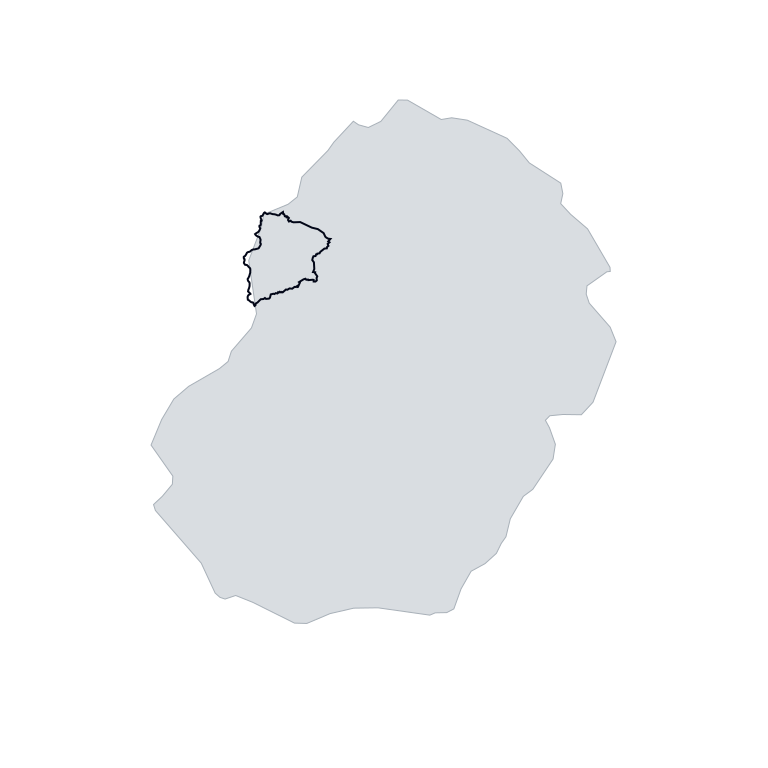 Novatsi, Novaci, North Macedonia (highlighted), rotated 136°
{"feature_id": "65306769B28760853140319", "entity_name": "Novatsi", "entity_type": "district", "adm_level": 2, "iso_a3": "MKD", "parent_name": "North Macedonia", "parent_adm1": "Novaci", "projection": "albers", "projection_center": [21.684, 41.019], "detail": "fine", "context": "in_parent", "style": "outline", "palette": "ink", "viewbox_px": 768, "rotation_deg": 136, "n_neighbors": 0, "source": "geoboundaries", "source_scale": "gbopen_adm2", "svg_char_len": 4212}
<svg xmlns="http://www.w3.org/2000/svg" viewBox="0 0 768 768"><g transform="rotate(136 384 384)"><path d="M350.3,204.9L361.8,206.4L386.8,199.3L402.4,189.4L410.3,187.9L420.8,184.1L436.0,184.6L451.4,188.8L470.9,183.1L490.0,173.7L497.7,176.0L506.1,183.8L511.6,185.9L543.8,227.2L561.5,243.8L582.3,256.3L605.9,265.4L614.5,274.2L630.1,318.2L637.6,334.9L647.7,339.7L650.2,344.5L650.7,350.9L639.9,382.1L636.3,451.8L633.5,457.4L621.6,457.2L605.9,458.9L599.9,464.4L594.0,501.9L568.6,512.9L545.6,519.2L526.1,518.0L491.7,509.4L480.5,508.5L471.0,513.6L440.4,516.4L427.0,523.0L395.5,566.8L363.5,581.9L352.6,589.6L328.1,579.9L316.4,578.8L299.4,589.9L262.2,590.9L252.1,592.8L223.5,594.3L222.3,588.2L217.1,579.4L203.8,575.1L176.5,578.4L169.9,571.9L159.1,534.5L150.4,528.5L140.8,515.9L124.8,475.2L124.6,457.5L125.9,442.1L117.3,405.7L123.1,396.7L131.6,391.0L131.9,376.4L129.8,354.2L140.4,310.9L143.1,307.8L145.7,309.9L169.8,313.6L176.1,308.2L180.2,299.6L181.8,267.8L187.7,253.2L246.3,225.7L263.4,224.8L276.5,237.8L286.8,246.0L293.1,245.8L295.4,237.5L302.6,221.6L314.5,212.6L350.0,204.9L350.3,204.9Z" fill="#d9dde1" stroke="#a8b0b8" stroke-width="1"/><path d="M337.2,577.9L337.7,578.0L339.0,578.2L340.0,578.4L340.6,578.5L341.0,578.3L342.0,578.1L342.3,578.3L343.3,579.1L343.9,580.5L344.3,581.3L344.6,581.7L345.2,582.6L345.5,582.9L346.0,583.4L346.9,585.0L347.1,585.6L347.4,586.0L347.7,586.2L348.8,586.8L349.7,587.1L350.0,587.4L350.2,587.8L350.4,589.0L350.5,589.4L350.4,589.8L350.6,590.3L351.5,590.4L352.0,590.3L353.1,589.9L354.2,589.6L354.4,589.5L355.0,589.6L355.6,590.0L356.1,590.3L356.6,590.2L357.0,589.7L357.5,588.9L357.8,588.2L358.1,587.2L358.5,586.5L359.1,586.4L359.4,586.8L360.9,585.4L361.2,584.9L361.5,584.6L362.1,584.1L362.6,584.0L362.9,584.0L363.0,584.0L363.5,584.4L363.8,584.3L364.1,584.0L364.5,583.5L364.6,583.0L364.8,582.4L364.9,581.9L365.2,581.7L365.6,581.6L367.3,580.9L369.1,580.7L370.2,581.0L371.0,581.2L372.6,581.4L372.8,580.5L372.8,579.6L372.6,578.7L372.3,577.6L371.8,576.7L371.5,576.2L372.1,574.6L372.5,573.6L372.9,573.2L374.0,572.4L375.0,571.5L375.1,571.1L375.3,570.3L375.9,569.9L376.6,569.6L378.9,569.0L379.4,568.8L380.0,568.8L380.4,568.9L382.5,570.1L383.1,570.4L383.4,570.6L383.8,570.9L384.2,571.4L386.2,572.3L387.7,572.3L388.6,572.4L389.3,572.8L389.9,573.2L390.7,573.5L391.4,573.6L393.5,572.9L395.0,572.6L395.4,572.7L396.3,572.9L396.5,572.9L397.2,572.2L397.5,571.8L397.7,571.4L397.5,571.1L397.6,570.8L397.8,570.4L398.4,569.8L399.3,569.3L399.5,569.2L400.1,568.9L400.7,568.4L401.1,566.6L401.1,566.2L400.5,565.5L400.0,565.0L399.9,564.0L399.9,563.4L399.9,563.2L400.0,562.5L400.0,561.5L399.9,560.6L400.2,559.7L401.1,558.7L402.8,557.1L402.9,556.9L404.0,556.4L404.3,556.2L406.2,555.1L408.2,554.4L409.0,554.3L409.6,553.7L409.9,553.0L410.2,552.2L410.2,551.8L410.2,550.7L410.7,549.8L411.4,549.1L412.7,547.8L414.5,546.7L415.4,546.3L416.1,546.0L417.5,545.0L417.5,544.3L417.4,543.3L417.4,542.4L417.5,541.6L418.8,541.9L419.9,542.1L420.6,541.9L421.3,541.6L422.0,541.0L422.4,540.5L423.4,539.2L423.0,537.9L422.9,536.3L422.8,535.7L422.6,534.9L422.5,534.7L422.2,534.4L421.7,533.9L421.6,533.5L421.6,533.3L422.2,532.1L422.8,530.6L422.9,530.1L421.6,530.0L420.4,531.0L418.4,530.5L413.8,530.6L411.6,528.8L409.9,528.6L409.8,527.2L407.4,525.3L406.1,525.3L403.2,527.1L400.9,525.8L400.3,524.8L398.8,524.6L397.8,523.2L396.4,523.6L396.2,522.8L394.9,522.8L394.5,521.4L393.5,521.2L393.2,520.3L388.9,520.1L388.0,518.9L385.6,518.4L383.8,516.3L380.9,516.0L380.1,515.1L378.1,514.7L378.8,513.8L378.5,513.6L374.2,515.3L374.3,516.3L369.2,515.2L367.4,514.3L367.5,513.0L366.1,511.9L366.3,511.3L362.7,508.4L362.3,507.7L363.4,506.6L362.1,505.3L360.4,505.2L358.8,507.1L357.2,507.8L356.6,511.7L355.9,512.2L357.3,513.8L354.3,515.1L349.9,520.2L349.5,523.0L347.5,524.3L346.0,524.9L344.4,523.6L342.7,524.4L342.0,523.8L341.4,524.1L339.6,522.8L338.0,523.3L332.8,522.8L330.9,521.3L329.8,522.1L328.0,522.0L327.2,523.9L324.8,523.8L325.1,525.3L321.8,525.6L323.2,527.3L323.8,529.4L323.9,530.7L322.6,534.5L324.0,541.4L327.3,546.6L331.8,558.7L336.8,563.2L337.8,565.0L337.7,566.3L339.5,566.9L339.1,568.7L337.1,569.5L337.2,570.8L337.5,570.5L338.4,571.6L337.9,572.8L338.8,573.6L337.9,575.4L338.4,576.3L337.2,577.9Z" fill="none" stroke="#020617" stroke-width="2"/></g></svg>